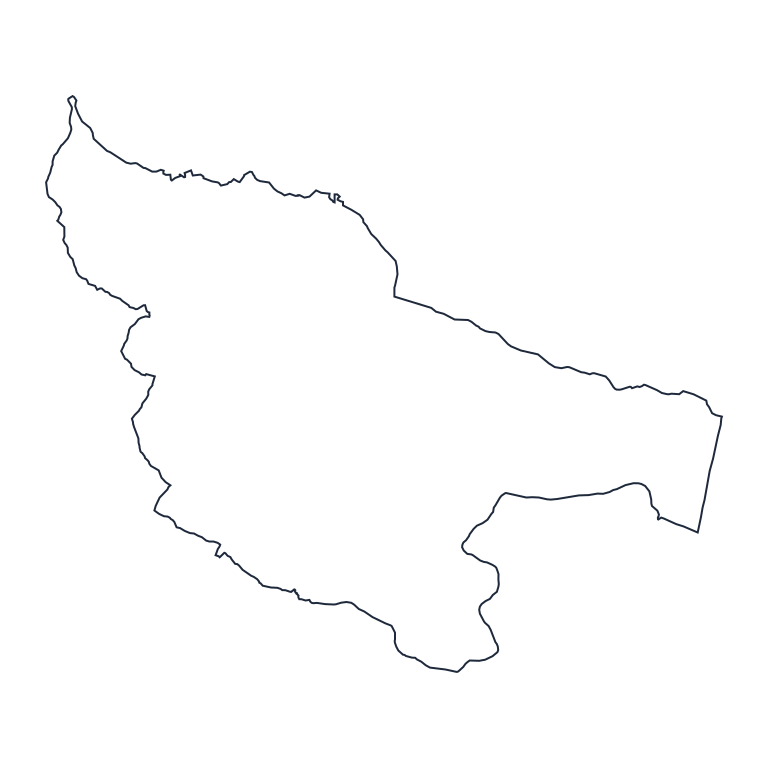 Lunca De Sus, Harghita, Romania (orthographic projection)
{"feature_id": "2599482B22332008821667", "entity_name": "Lunca De Sus", "entity_type": "district", "adm_level": 2, "iso_a3": "ROU", "parent_name": "Romania", "parent_adm1": "Harghita", "projection": "orthographic", "projection_center": [25.973, 46.514], "detail": "fine", "context": "isolated", "style": "outline", "palette": "slate", "viewbox_px": 768, "rotation_deg": 0, "n_neighbors": 0, "source": "geoboundaries", "source_scale": "gbopen_adm2", "svg_char_len": 6056}
<svg xmlns="http://www.w3.org/2000/svg" viewBox="0 0 768 768"><path d="M465.5,663.8L467.7,661.9L469.7,660.5L479.2,660.8L485.2,659.7L492.5,656.2L497.4,652.2L498.2,650.1L497.8,646.5L496.8,644.0L495.4,642.1L490.7,629.9L488.6,626.0L485.1,622.9L483.9,621.3L479.9,613.7L479.2,609.8L479.9,606.6L481.7,604.0L485.5,601.1L489.9,598.9L492.9,594.9L496.9,591.8L498.4,586.7L498.8,584.1L498.4,579.4L498.5,574.2L497.4,570.7L496.3,567.8L495.2,566.6L492.3,564.8L487.0,562.4L483.8,561.9L480.2,560.5L472.6,555.0L471.2,554.4L467.3,553.9L463.7,550.5L462.1,547.2L462.4,544.7L463.4,542.5L466.1,540.2L468.9,536.2L469.7,534.2L473.7,528.8L476.9,525.7L482.7,523.1L487.5,519.7L491.4,513.9L493.1,512.0L493.8,507.6L495.4,505.4L499.9,497.7L501.5,495.7L505.0,493.3L506.0,493.0L526.3,497.5L532.4,497.2L538.8,497.5L547.1,499.3L550.8,499.6L557.2,499.0L578.9,495.4L588.5,495.1L597.5,493.6L603.2,493.8L609.6,492.0L613.3,490.0L616.7,489.2L625.5,485.1L633.6,483.2L638.6,483.3L641.4,484.0L645.2,486.0L649.4,491.4L651.2,499.4L651.4,503.8L652.0,506.0L657.4,510.7L658.9,514.5L658.6,516.1L657.9,517.5L658.0,519.3L658.3,519.5L661.2,517.6L663.8,518.5L676.2,524.1L683.5,526.4L697.7,532.5L701.0,516.9L702.6,507.5L704.5,500.1L709.7,470.9L713.1,458.5L717.9,435.9L720.7,424.9L721.3,418.4L721.9,416.6L716.0,415.2L712.1,413.2L709.1,407.1L707.0,404.3L706.3,400.6L693.6,394.3L683.2,391.1L679.2,394.2L671.5,393.7L668.7,394.3L666.7,394.1L661.9,393.0L657.1,390.2L645.6,385.1L644.0,384.7L641.8,386.2L639.7,387.0L637.3,386.4L632.0,388.2L630.8,386.9L629.8,386.7L621.8,389.3L619.8,389.7L616.6,389.6L615.0,388.8L613.4,387.0L609.2,380.4L605.7,376.5L594.2,373.2L592.3,373.3L589.8,374.3L584.8,372.7L581.2,372.2L569.3,367.2L567.0,367.0L561.4,368.2L554.8,367.1L548.9,363.4L538.0,354.4L520.9,350.5L511.1,346.4L507.8,344.0L498.5,334.0L495.5,332.5L489.5,332.0L485.5,331.1L480.0,328.4L478.6,326.7L476.2,325.6L471.5,321.8L468.0,320.0L454.6,319.5L443.7,313.8L436.0,311.7L431.3,307.9L394.4,296.6L394.4,287.6L395.1,285.4L397.5,274.3L396.8,266.4L395.6,261.0L387.6,252.3L385.4,250.4L380.7,244.9L379.0,242.1L376.1,238.6L371.3,234.1L367.7,228.0L367.0,226.2L363.4,222.2L363.1,219.3L359.7,214.9L351.4,209.8L343.0,205.4L343.0,201.9L340.6,201.3L337.6,199.7L337.9,198.3L339.7,196.6L337.3,194.4L334.6,194.4L334.6,202.4L333.4,202.0L332.4,200.5L330.3,199.1L329.1,197.2L329.6,193.7L321.2,192.8L316.1,190.4L309.5,196.6L304.5,197.6L299.5,195.1L298.5,195.1L298.4,195.6L297.4,195.4L297.1,195.9L295.5,195.9L289.7,193.8L284.5,195.4L281.5,193.3L277.4,191.4L273.9,188.6L269.1,182.5L260.0,181.1L257.2,179.9L255.1,177.9L254.3,175.9L253.6,175.2L251.9,172.0L249.9,171.7L244.1,175.1L244.0,176.2L239.7,182.1L237.9,181.6L233.8,179.1L230.8,182.0L229.1,182.1L227.3,184.1L221.2,185.5L220.8,185.5L219.2,183.3L217.9,182.4L212.1,181.4L203.5,178.2L203.4,176.5L200.6,174.6L192.8,175.5L191.0,170.4L184.6,173.0L185.1,174.9L185.1,177.0L184.1,177.3L179.3,174.1L180.5,176.0L175.3,177.9L171.8,180.5L170.9,179.7L170.3,174.7L166.0,174.9L163.4,173.6L163.3,172.3L163.7,170.7L160.8,169.8L156.4,171.6L152.2,171.6L145.4,168.1L143.5,167.9L136.9,163.4L135.1,163.1L130.6,163.7L126.2,162.6L110.4,152.3L107.0,150.9L93.7,138.8L92.9,135.2L92.7,132.9L90.2,128.0L82.1,121.5L78.0,113.6L75.2,106.1L75.7,102.6L76.4,100.5L74.1,97.1L72.5,96.1L68.4,98.8L68.2,99.7L68.5,101.2L71.7,106.9L71.9,107.8L71.9,109.2L69.9,117.8L69.7,122.0L69.7,123.0L71.1,127.0L71.3,129.6L70.3,132.8L67.9,138.3L62.7,144.3L61.2,145.5L58.6,149.8L57.2,152.7L54.3,155.6L52.6,161.4L52.6,164.8L51.6,167.0L50.2,172.7L48.3,176.9L48.1,178.3L46.1,182.3L47.5,193.8L48.9,197.1L52.6,199.5L55.3,202.2L57.4,205.3L59.6,207.0L60.9,209.0L61.4,212.3L60.4,214.8L59.2,216.7L58.3,219.7L57.3,220.8L64.3,227.1L64.4,236.6L63.2,239.9L64.7,243.1L66.3,244.9L67.7,247.6L67.9,252.9L70.2,256.8L72.7,259.2L74.3,265.4L75.6,268.0L76.7,272.2L79.0,275.7L82.4,278.2L86.1,279.2L87.2,280.7L88.5,283.9L95.1,285.9L97.2,289.8L100.1,288.4L101.8,288.5L105.4,291.8L107.3,292.0L109.2,293.2L110.1,294.7L112.1,295.9L120.0,298.7L122.4,301.0L128.6,305.3L129.6,307.1L133.5,308.0L135.7,309.2L137.5,309.0L143.5,305.3L145.1,305.2L146.7,311.0L148.0,312.1L149.4,312.5L149.3,314.5L149.7,315.4L149.3,316.9L145.7,316.4L141.1,317.8L138.5,319.2L134.8,324.1L130.5,327.3L129.1,329.8L128.6,332.9L127.6,336.1L127.5,338.4L126.6,340.6L124.2,343.9L123.9,345.4L121.2,351.1L125.1,358.8L126.9,359.6L131.0,363.7L131.5,366.9L134.6,370.1L139.0,372.3L141.5,374.5L145.3,375.3L146.2,374.1L154.8,376.4L152.5,383.9L152.4,385.4L149.2,389.3L148.2,391.7L148.3,394.9L146.3,398.6L142.4,403.4L141.4,407.3L139.7,409.2L139.0,410.7L134.8,414.9L131.9,418.7L133.0,422.2L133.1,423.8L134.0,426.9L138.4,438.4L138.6,442.8L139.5,446.1L139.6,447.8L140.4,451.2L140.8,452.0L142.3,453.1L144.7,456.5L145.0,458.0L147.8,460.5L148.9,462.0L149.3,463.7L151.0,466.0L158.7,470.4L161.5,477.7L165.6,482.1L170.4,485.3L168.5,487.0L167.4,489.5L159.6,497.6L155.7,505.9L154.4,510.5L159.1,513.9L163.9,516.2L167.7,516.6L169.9,517.8L170.9,519.1L172.6,520.0L174.3,521.9L176.6,527.3L180.1,528.1L184.7,530.9L190.0,533.1L194.0,533.5L198.0,535.7L201.9,537.2L206.2,540.6L209.3,541.5L213.4,541.5L217.6,542.8L220.2,544.6L219.6,546.4L217.8,549.1L215.6,555.2L218.7,556.3L219.7,557.3L224.3,552.8L225.4,553.2L227.6,555.8L230.4,557.1L231.6,559.3L235.2,563.9L237.3,564.1L239.1,565.6L242.6,569.8L251.1,575.7L253.8,576.9L257.2,579.2L259.2,581.7L259.2,582.6L260.7,583.4L262.7,585.7L271.0,587.5L277.3,587.8L280.6,588.9L282.2,590.1L285.4,590.2L289.8,591.7L291.2,591.9L294.2,589.4L294.7,589.5L295.1,590.0L294.5,590.3L295.5,592.5L296.8,593.0L297.1,593.6L296.7,593.9L298.5,595.5L298.3,596.7L298.5,597.7L299.3,599.2L301.3,599.2L305.6,600.5L309.4,599.9L310.4,601.8L311.8,602.9L313.3,603.2L316.9,602.9L325.1,604.1L333.8,604.5L335.9,604.3L341.2,602.7L346.4,602.0L351.3,602.8L354.1,604.6L358.8,609.0L364.3,611.5L372.5,617.1L385.5,623.4L390.7,625.4L391.7,626.1L395.0,632.6L395.0,639.5L394.7,641.1L394.9,642.7L396.3,646.7L398.3,650.5L403.0,654.7L404.5,654.9L406.0,656.0L411.8,657.6L415.2,657.8L416.9,659.4L421.3,661.7L425.8,665.3L430.0,667.6L445.5,669.5L456.6,671.9L457.8,671.7L459.0,670.8L463.2,667.0L465.5,663.8Z" fill="none" stroke="#1e293b" stroke-width="2"/></svg>